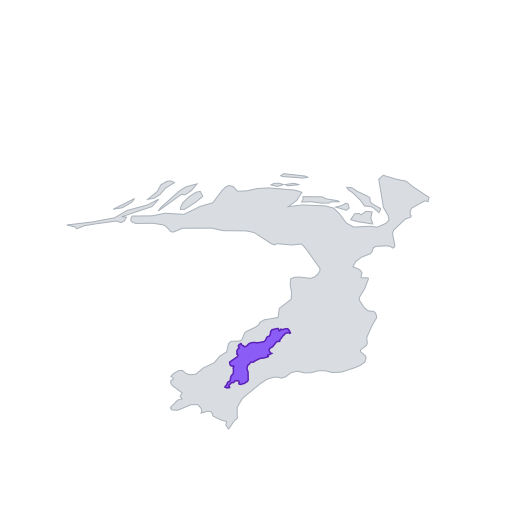 Croatia, with Požeško-Slavonska highlighted, rotated 137°
{"feature_id": "HRV-1604", "entity_name": "Požeško-Slavonska", "entity_type": "County", "adm_level": 1, "iso_a3": "HRV", "parent_name": "Croatia", "parent_adm1": "", "projection": "equal_earth", "projection_center": [17.752, 45.408], "detail": "fine", "context": "in_parent", "style": "filled", "palette": "violet", "viewbox_px": 512, "rotation_deg": 137, "n_neighbors": 0, "source": "natural_earth", "source_scale": "10m", "svg_char_len": 7127}
<svg xmlns="http://www.w3.org/2000/svg" viewBox="0 0 512 512"><g transform="rotate(137 256 256)"><path d="M93.0,178.4L95.0,181.3L109.8,184.9L113.1,183.3L115.1,180.9L115.1,179.4L116.4,178.9L121.6,181.2L137.7,181.0L141.0,179.2L147.2,169.0L149.2,168.1L150.5,168.5L151.4,171.6L153.6,174.4L161.7,181.2L164.7,182.0L167.7,180.1L170.8,179.6L179.6,183.2L187.0,183.9L192.5,182.0L189.9,176.6L189.5,173.8L189.9,171.4L193.7,169.0L193.5,167.9L189.0,163.7L189.3,162.6L199.3,157.8L209.0,155.2L210.6,153.1L212.0,144.3L211.5,139.6L207.7,135.1L207.5,132.9L208.4,130.6L210.0,128.5L218.3,126.1L230.6,120.9L234.3,116.1L236.6,115.3L243.4,116.0L244.8,114.8L244.0,107.9L245.2,106.2L248.7,104.2L254.7,105.0L259.7,106.8L272.6,112.8L279.5,118.4L283.4,124.6L288.6,129.5L295.1,132.9L300.3,137.5L304.2,143.4L309.6,146.7L316.5,147.4L320.9,149.4L322.7,152.7L326.5,155.7L332.2,158.4L341.0,159.8L363.3,161.1L373.2,158.0L380.6,149.8L383.7,150.4L394.1,148.1L393.4,152.9L390.4,155.1L393.5,160.1L396.6,168.2L394.9,172.2L397.0,175.4L403.3,178.5L401.5,179.4L400.1,182.1L399.9,187.0L405.0,191.6L418.5,196.6L422.4,200.7L422.5,202.4L421.8,203.6L411.5,204.0L407.5,201.9L407.2,205.2L403.4,206.2L405.6,218.3L404.8,221.7L403.4,222.9L400.5,222.3L399.7,223.4L400.4,226.0L396.6,226.3L390.7,224.9L387.9,222.6L387.4,218.0L385.5,214.4L380.7,210.6L370.8,210.0L359.3,206.4L350.9,207.5L342.9,205.9L336.0,210.6L332.5,210.6L325.5,204.7L323.5,204.3L317.4,207.3L314.9,207.5L304.8,204.3L301.1,203.8L298.3,204.8L293.5,203.7L281.8,196.0L274.6,201.8L259.8,200.4L255.4,204.4L250.3,212.0L246.2,215.7L242.7,214.4L238.6,211.0L231.3,202.4L227.6,200.8L223.4,200.5L219.7,201.4L217.7,203.2L214.6,226.9L214.4,233.6L222.5,239.8L232.0,250.5L235.1,251.7L236.6,255.2L241.3,274.3L246.1,281.1L262.6,296.8L269.6,306.8L290.8,326.4L300.1,329.8L301.6,331.7L301.7,339.3L302.7,342.1L308.9,350.1L321.7,361.8L323.2,364.6L323.6,366.6L322.8,368.1L319.4,369.7L304.8,356.4L293.3,349.2L280.3,335.6L263.0,330.3L251.2,324.4L236.1,327.1L231.2,327.2L227.7,326.1L225.3,322.4L225.3,315.9L218.4,310.0L209.0,304.4L200.2,297.1L182.5,277.5L179.0,271.3L188.2,268.9L198.9,270.1L187.5,261.9L171.3,245.6L166.5,238.0L166.1,229.7L167.5,218.4L164.7,210.4L152.2,199.9L147.7,194.4L138.4,191.2L134.3,191.5L131.7,195.6L129.7,204.6L113.9,228.4L107.9,228.3L101.4,217.0L95.2,208.4L93.9,199.3L89.5,180.9L93.0,178.4ZM368.6,398.2L368.7,401.0L373.3,407.8L352.6,392.6L333.2,380.3L319.4,377.3L300.6,367.4L288.4,363.9L298.4,363.1L327.4,376.3L324.2,372.8L328.4,371.4L331.9,372.4L334.2,376.7L350.5,388.3L360.9,395.2L368.6,398.2ZM143.3,241.4L142.8,244.3L139.4,240.6L137.8,234.1L133.6,223.7L133.1,220.7L135.4,217.8L135.4,214.9L132.5,205.7L135.1,204.2L136.6,204.0L137.1,210.4L138.4,214.0L142.5,218.5L141.6,226.0L142.2,236.6L143.3,241.4ZM162.0,218.0L155.0,219.6L151.7,216.8L150.9,214.5L145.1,213.7L141.0,209.1L146.0,205.5L148.8,199.8L158.1,211.5L162.0,218.0ZM273.5,344.8L264.4,345.0L256.6,343.6L252.7,341.3L254.2,336.0L263.0,336.4L276.3,338.8L279.6,341.5L278.6,342.7L273.5,344.8ZM296.9,355.6L292.9,356.4L267.3,355.8L259.9,354.3L250.0,349.0L258.3,347.9L266.0,349.0L268.4,351.9L296.9,355.6ZM182.8,265.4L181.3,267.4L167.3,254.3L165.7,249.9L158.8,241.1L157.8,238.6L164.2,244.5L166.6,245.0L172.7,250.7L178.6,258.0L185.8,264.3L182.8,265.4ZM265.6,365.3L276.3,367.4L284.1,366.4L291.1,367.7L296.6,371.3L284.4,370.5L277.1,372.9L270.7,371.6L268.2,370.0L266.5,368.1L265.6,365.3ZM182.4,296.1L183.1,297.9L179.4,297.2L165.6,281.0L164.2,277.8L169.1,281.6L182.4,296.1ZM158.7,227.8L164.3,237.4L159.0,234.4L154.3,233.3L153.3,231.1L155.1,227.5L158.7,227.8ZM320.7,382.4L328.6,387.6L305.5,380.8L310.6,380.1L320.7,382.4ZM192.9,292.3L196.6,297.8L193.0,296.7L189.3,293.2L187.2,289.5L192.9,292.3ZM185.0,285.7L185.8,288.3L178.8,283.4L175.6,278.6L185.0,285.7Z" fill="#d9dde1" stroke="#a8b0b8" stroke-width="1"/><path d="M336.2,181.8L336.5,181.7L336.9,181.5L338.9,180.2L339.2,179.8L339.7,179.3L340.1,178.4L341.0,176.5L346.3,170.6L347.8,170.1L351.6,170.8L352.0,171.0L352.3,171.1L352.9,171.8L353.3,171.9L354.4,172.2L354.8,172.5L355.3,173.2L355.5,173.5L355.7,173.9L355.7,174.2L355.3,174.7L354.9,174.9L354.1,175.2L354.0,175.3L354.0,175.7L354.1,177.0L354.4,177.2L354.6,177.3L354.9,177.4L355.1,177.6L355.6,178.4L355.8,178.6L356.1,178.8L356.4,178.8L358.8,178.8L359.1,178.9L359.2,179.1L359.9,179.9L360.1,180.0L360.3,180.1L360.5,180.1L361.0,180.0L361.4,179.9L363.7,180.0L364.1,180.0L364.3,179.8L364.5,179.6L364.5,179.4L364.5,178.5L364.6,178.2L364.8,177.9L365.1,177.9L365.4,177.9L365.6,178.1L366.2,178.6L367.3,179.3L367.4,179.5L367.5,179.7L367.5,180.2L367.6,180.5L367.8,180.8L368.2,181.3L368.0,181.5L367.4,181.6L366.2,181.7L365.3,181.9L362.8,182.9L362.7,182.9L362.1,182.9L360.7,182.4L360.3,182.4L359.7,182.7L356.5,185.0L356.2,185.1L355.0,185.4L353.6,185.4L352.9,185.6L352.3,186.0L350.4,187.8L350.1,188.1L349.4,189.3L349.1,189.6L348.8,189.8L348.4,189.9L348.2,189.9L348.0,190.0L347.8,190.1L347.6,190.3L347.4,190.6L347.4,191.0L347.9,191.1L348.4,191.4L348.6,191.6L348.7,191.9L348.8,192.2L349.0,192.8L349.2,193.1L349.3,193.4L349.2,194.1L347.7,196.4L338.5,195.1L338.0,195.2L337.5,195.3L337.2,195.5L336.9,195.7L336.7,195.9L336.6,196.1L336.5,196.3L336.5,196.5L336.7,196.9L336.9,197.1L336.9,197.3L336.9,197.5L336.3,197.7L336.1,197.7L336.0,197.9L335.9,198.0L335.7,198.4L335.5,198.8L334.9,199.5L334.3,199.8L333.0,200.3L332.6,200.3L331.3,200.2L330.9,200.3L330.7,200.4L330.7,200.7L330.7,201.3L330.6,201.6L330.6,201.8L330.5,202.1L330.4,202.2L330.3,202.3L330.1,202.4L329.8,202.5L329.4,202.6L328.7,202.7L327.7,202.5L326.7,202.3L326.6,202.1L326.7,201.7L327.3,200.8L327.3,200.7L327.2,200.4L326.4,199.2L326.4,198.9L326.4,198.5L326.5,198.2L326.4,198.0L326.4,197.9L326.3,197.5L326.2,197.3L325.9,197.1L325.4,196.9L324.2,196.6L323.4,196.6L321.7,196.7L320.7,196.6L319.1,196.0L317.6,195.1L316.6,194.3L314.5,192.0L313.6,191.1L308.6,187.9L306.5,187.9L303.7,189.1L302.9,189.2L302.2,189.0L301.6,188.6L300.7,188.4L299.9,188.5L299.2,188.9L296.7,190.8L294.6,191.2L290.0,188.5L289.4,188.1L289.3,187.8L289.3,187.5L289.3,187.2L289.6,186.8L289.8,186.4L290.0,186.1L290.0,185.7L289.9,185.3L289.7,185.1L289.2,185.1L288.5,185.4L287.8,185.6L286.9,184.2L286.4,183.8L284.5,182.9L282.5,181.4L282.3,180.8L282.4,180.1L282.4,179.8L282.4,179.6L282.4,179.4L282.6,178.3L283.4,176.2L284.2,176.5L284.3,176.7L284.4,177.0L284.4,177.4L284.4,177.8L284.5,178.0L284.8,178.1L287.4,179.3L288.0,179.4L288.3,179.4L288.6,179.2L289.0,179.1L289.8,179.1L290.5,179.3L291.2,179.2L292.6,178.8L293.5,178.6L294.8,178.6L295.5,178.4L296.1,178.1L296.3,177.8L296.7,177.5L297.0,177.5L297.3,177.7L297.8,178.2L298.5,178.8L299.1,179.1L299.7,179.2L305.5,178.3L306.3,178.4L308.2,178.9L309.1,178.9L309.7,178.8L310.2,178.6L310.5,178.3L310.8,177.9L311.5,175.8L311.5,175.4L311.5,175.0L311.3,174.8L310.9,174.1L313.2,174.6L313.6,174.8L314.0,175.0L314.3,175.4L314.6,175.5L314.8,175.6L315.0,175.5L315.3,175.2L315.5,175.0L315.6,174.7L315.5,174.2L315.8,174.0L319.7,176.0L320.0,176.1L320.2,176.3L320.9,176.9L321.3,177.3L323.3,178.5L326.5,179.4L327.0,179.6L327.5,179.8L330.0,180.1L330.6,180.3L330.9,180.6L331.1,180.9L331.3,181.2L331.4,181.5L331.7,181.7L332.2,181.8L332.7,181.8L334.7,181.5L335.6,181.5L336.0,181.7L336.2,181.8Z" fill="#8b5cf6" stroke="#5b21b6" stroke-width="1.5"/></g></svg>